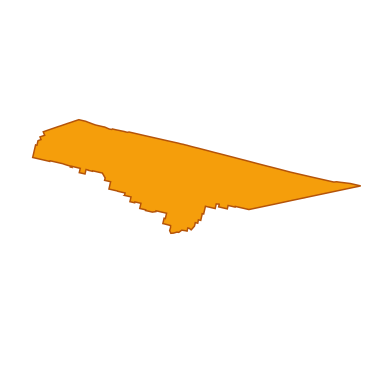 the district of Westonia, Western Australia, Australia, rotated 103°
{"feature_id": "25037944B31947016083721", "entity_name": "Westonia", "entity_type": "district", "adm_level": 2, "iso_a3": "AUS", "parent_name": "Australia", "parent_adm1": "Western Australia", "projection": "natural_earth1", "projection_center": [118.672, -30.879], "detail": "fine", "context": "isolated", "style": "filled", "palette": "amber", "viewbox_px": 384, "rotation_deg": 103, "n_neighbors": 0, "source": "geoboundaries", "source_scale": "gbopen_adm2", "svg_char_len": 2740}
<svg xmlns="http://www.w3.org/2000/svg" viewBox="0 0 384 384"><g transform="rotate(103 192 192)"><path d="M194.2,355.0L194.2,337.4L193.5,337.3L193.5,324.1L193.7,322.7L194.0,319.1L194.1,316.3L195.0,316.3L195.0,316.2L195.0,315.7L195.0,315.2L194.9,315.2L194.8,315.3L194.7,315.3L194.5,315.2L194.4,315.2L194.3,314.9L194.4,314.7L194.0,314.9L194.1,306.3L194.1,306.2L198.5,306.2L198.5,303.8L198.5,300.3L193.9,300.3L193.9,298.2L194.2,298.1L194.2,293.5L193.7,293.5L193.7,289.0L193.7,287.8L193.7,285.7L193.7,283.6L194.4,283.0L195.1,282.3L197.1,280.5L197.7,279.8L200.3,279.8L200.3,278.0L200.3,273.6L201.7,273.6L207.8,273.6L207.8,267.1L207.8,264.9L208.0,264.6L208.0,257.0L210.4,257.0L210.5,257.1L210.5,250.3L215.4,250.3L215.4,245.4L214.5,245.4L214.5,239.2L217.6,239.2L219.8,239.2L219.8,235.3L219.8,233.1L220.5,233.1L220.5,228.8L220.5,226.1L219.2,222.7L218.4,222.8L218.4,212.0L223.9,212.0L223.8,213.3L228.2,213.3L229.3,213.3L229.3,211.8L229.5,205.3L231.6,204.9L234.6,205.1L237.0,203.3L236.2,200.7L234.5,197.7L234.3,195.8L231.5,193.4L231.2,189.7L231.2,188.0L228.0,188.0L228.0,186.5L229.1,184.3L229.0,184.2L224.7,181.9L221.1,181.9L221.1,179.4L217.7,179.5L217.7,177.1L211.7,177.1L210.8,177.2L210.8,175.7L202.9,175.7L202.9,171.7L202.9,169.1L202.9,165.7L198.2,165.7L197.7,162.8L197.8,162.7L200.5,162.7L200.5,156.6L200.5,153.8L197.0,153.8L197.0,146.6L196.3,146.6L196.3,144.8L196.3,132.6L184.5,107.2L177.5,92.3L148.1,29.0L148.1,32.0L148.1,39.5L149.0,48.2L149.1,48.9L149.5,53.4L150.4,56.0L150.5,77.7L150.5,88.2L150.5,98.7L150.5,100.5L150.4,103.7L150.3,106.7L150.1,113.7L149.9,121.9L149.9,123.4L149.6,134.8L149.2,147.2L149.1,152.1L149.0,155.6L148.9,158.2L148.7,166.2L148.5,173.3L148.4,179.2L148.3,182.2L148.2,185.1L148.0,192.8L147.9,196.7L147.9,198.5L147.8,202.9L147.7,205.2L147.7,205.9L147.6,206.8L147.6,209.9L147.5,210.7L147.6,213.7L147.5,216.4L147.6,226.8L147.6,227.3L147.6,227.5L147.7,251.5L147.7,254.3L147.7,254.9L147.7,255.4L147.7,256.4L147.7,263.2L147.7,264.9L147.7,265.7L147.7,266.7L147.9,267.3L148.4,268.3L148.4,270.1L148.3,271.1L148.3,272.1L148.4,275.8L148.4,276.8L148.5,279.6L148.5,283.8L149.1,284.2L149.3,286.4L149.0,288.2L148.3,291.9L148.4,292.4L148.4,293.4L148.4,297.9L148.4,298.6L148.4,300.0L148.4,301.2L148.3,301.9L148.0,304.6L147.6,307.3L147.4,309.1L147.1,310.8L147.0,311.6L147.0,312.7L147.0,312.9L147.0,315.2L147.0,317.8L147.0,318.5L148.1,320.4L148.4,320.8L148.8,321.5L149.0,321.9L149.2,322.2L151.4,325.7L153.5,329.2L154.1,330.1L154.6,330.9L155.7,332.7L156.8,334.4L158.4,337.1L161.2,341.6L163.4,345.1L164.5,346.9L165.1,347.8L166.8,350.5L169.9,348.3L172.5,352.5L173.3,352.0L174.9,350.9L176.2,353.0L176.7,353.6L181.3,353.6L181.3,355.0L183.0,355.0L189.2,355.0L190.1,355.0L194.2,355.0Z" fill="#f59e0b" stroke="#b45309" stroke-width="1.5"/></g></svg>